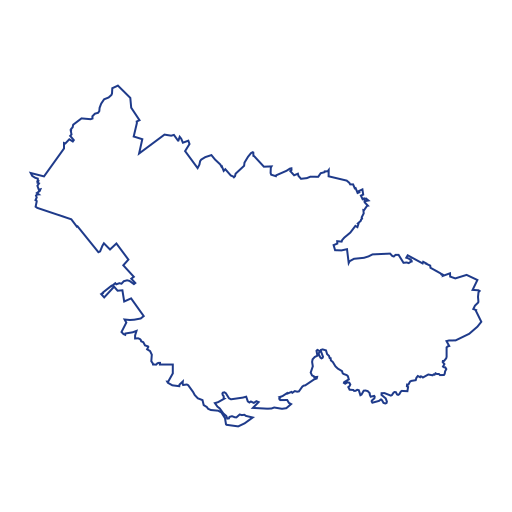 Cunduacán, Tabasco, Mexico
{"feature_id": "50627088B6162442693475", "entity_name": "Cunduacán", "entity_type": "district", "adm_level": 2, "iso_a3": "MEX", "parent_name": "Mexico", "parent_adm1": "Tabasco", "projection": "mercator", "projection_center": [-93.209, 18.087], "detail": "fine", "context": "isolated", "style": "outline", "palette": "blue", "viewbox_px": 512, "rotation_deg": 0, "n_neighbors": 0, "source": "geoboundaries", "source_scale": "gbopen_adm2", "svg_char_len": 6070}
<svg xmlns="http://www.w3.org/2000/svg" viewBox="0 0 512 512"><path d="M252.7,417.5L245.9,415.9L244.4,414.8L241.8,415.1L239.7,414.5L236.4,417.4L234.9,417.3L232.0,416.2L229.5,416.9L228.9,418.4L227.3,418.6L226.3,416.0L223.3,413.4L219.7,408.4L217.4,406.6L214.9,403.1L218.0,402.2L224.4,398.6L223.7,398.3L223.7,396.2L222.8,395.2L222.4,393.6L222.8,392.7L224.4,392.3L225.9,393.3L229.0,398.3L231.0,399.3L242.8,397.6L246.2,396.7L247.8,401.4L249.4,402.5L250.9,401.5L253.8,402.9L256.4,401.2L258.6,402.1L252.9,407.9L267.5,408.7L271.5,408.5L274.2,407.5L282.0,408.8L286.3,408.2L291.1,404.1L288.9,402.9L287.2,400.0L280.3,400.1L279.5,399.4L279.3,398.5L280.0,397.8L279.4,397.1L282.5,396.1L287.1,393.1L287.3,393.6L291.5,391.9L292.3,392.8L294.8,391.1L297.2,391.7L298.9,391.4L302.4,386.5L303.8,385.6L305.2,385.4L314.1,379.4L316.7,378.5L317.1,376.9L314.2,377.2L314.0,376.4L312.0,375.4L310.7,372.6L312.8,366.3L312.1,361.9L312.6,359.3L314.7,357.0L317.4,355.7L316.5,350.8L317.4,349.9L319.4,350.9L319.6,351.8L318.5,353.8L320.4,357.6L321.5,358.4L322.5,357.9L323.0,356.8L320.9,351.1L321.0,349.9L322.6,349.4L326.0,350.4L327.1,354.1L329.0,355.9L329.7,358.1L330.6,358.2L330.9,360.4L332.8,362.0L335.4,366.3L337.8,368.6L342.0,371.1L342.6,373.1L343.4,373.9L346.7,375.1L347.9,376.2L348.8,379.4L344.2,382.1L343.9,382.9L345.2,383.7L347.5,382.3L349.3,382.7L350.3,384.5L349.6,386.0L348.3,387.1L349.6,389.7L353.3,390.0L354.1,390.9L355.6,390.8L357.2,389.8L358.8,390.2L360.4,395.2L361.5,394.6L363.7,390.7L365.4,390.5L367.7,391.1L369.7,393.2L369.8,394.7L370.7,396.7L374.2,395.9L374.7,396.7L374.4,398.3L371.8,400.6L371.7,401.6L372.4,402.7L379.0,400.9L381.0,399.4L381.9,400.1L383.5,402.9L385.3,403.5L386.5,403.0L386.9,401.6L385.7,398.4L381.5,394.9L381.6,393.2L384.5,393.1L390.8,395.6L391.9,395.1L393.6,392.6L394.6,392.0L395.9,392.2L397.0,394.4L398.1,394.9L399.3,394.2L400.8,391.6L401.8,390.9L407.4,391.2L408.1,387.0L406.9,386.3L407.1,384.5L408.4,384.6L410.0,381.6L411.3,380.9L415.7,380.2L416.4,377.8L417.8,376.0L420.1,377.2L420.6,376.4L421.5,376.5L422.9,377.5L428.3,374.5L432.6,375.3L433.6,374.4L434.6,374.7L435.5,373.3L436.8,374.0L438.9,374.0L440.0,375.1L443.9,375.0L444.7,373.8L445.1,371.3L446.3,369.1L445.3,367.4L444.2,367.4L443.0,366.6L444.4,364.1L442.7,362.1L442.9,361.0L444.1,360.9L446.2,358.3L446.6,356.8L446.6,347.4L447.6,346.5L449.2,346.0L446.5,341.1L448.9,340.5L455.6,340.4L469.2,333.8L477.4,326.7L481.3,321.8L475.8,310.6L476.1,310.1L473.3,309.0L475.0,305.6L478.2,302.5L478.4,301.4L478.0,296.9L478.5,292.2L479.6,291.0L478.5,290.3L472.6,289.9L477.4,280.0L466.6,274.9L455.3,278.4L450.2,276.6L450.0,273.3L443.1,275.8L443.4,275.0L442.0,274.2L441.5,274.6L440.6,273.4L430.5,267.8L430.2,265.6L426.0,263.7L426.2,263.4L423.2,261.8L422.6,263.4L407.7,255.3L406.3,257.7L408.7,258.5L409.8,259.5L410.6,259.3L411.5,261.1L412.5,261.4L411.0,261.6L408.7,263.1L406.7,262.5L403.5,262.8L398.6,254.9L395.5,254.9L393.8,256.5L392.3,256.0L390.1,253.6L372.5,254.4L368.5,256.4L364.0,257.8L354.0,258.8L349.6,261.2L348.7,263.0L347.0,249.2L341.5,250.4L335.1,250.2L333.6,245.1L337.3,243.6L337.2,241.2L341.6,241.6L342.2,240.0L344.3,237.6L350.3,232.6L355.4,225.9L357.4,227.1L358.5,223.8L357.9,223.4L360.8,220.8L361.1,219.5L362.1,218.6L361.7,217.3L363.7,213.4L363.4,210.2L363.9,210.4L367.0,205.9L367.9,205.7L364.7,202.4L364.5,201.3L368.4,200.5L366.0,198.5L364.5,199.4L364.0,198.4L362.6,199.2L360.9,195.6L363.2,194.6L362.4,189.4L358.8,191.1L359.3,192.3L357.6,193.0L355.6,188.1L354.8,188.4L353.1,184.4L350.2,184.4L349.3,182.8L346.7,180.6L328.6,176.3L328.7,170.0L327.7,171.3L324.7,171.4L324.5,172.2L320.7,173.2L318.2,176.8L310.4,176.7L306.9,178.1L301.0,178.8L298.4,175.8L297.9,173.7L294.1,175.3L290.3,171.1L291.5,170.0L291.4,168.3L289.9,168.6L286.5,170.8L276.2,175.3L275.9,176.2L271.2,174.7L270.6,173.0L270.8,167.6L271.5,166.4L263.9,166.7L254.2,156.2L253.4,155.9L253.3,152.5L252.7,152.2L251.0,153.1L248.0,156.8L244.5,162.6L244.1,165.8L235.6,173.7L235.0,176.2L233.9,177.3L233.2,176.5L230.8,175.5L225.3,169.2L223.7,170.9L221.9,166.4L221.5,166.7L220.3,164.5L215.0,159.5L211.4,155.1L205.3,157.1L201.2,159.6L200.1,161.2L199.4,164.6L197.6,168.1L185.1,151.1L189.5,144.0L188.3,140.7L182.9,142.7L181.2,138.7L179.7,136.8L178.4,140.6L178.0,140.6L173.9,134.9L171.2,135.7L164.5,134.6L139.1,153.5L142.3,139.2L133.7,136.5L136.9,123.0L136.7,121.5L139.5,120.2L131.2,107.7L130.3,97.9L117.9,85.6L116.9,86.1L112.3,88.2L112.0,93.5L111.4,95.0L108.6,97.5L104.1,99.3L101.2,103.6L99.6,107.8L99.3,111.1L98.1,112.8L94.9,113.7L92.4,116.3L92.5,118.5L90.6,119.2L81.5,118.4L73.2,124.7L72.6,127.4L71.2,128.8L71.1,130.3L70.7,130.3L71.5,134.5L70.2,135.9L73.8,140.1L72.8,141.5L69.3,139.3L65.3,143.5L64.0,143.0L64.0,148.5L44.0,176.4L30.7,173.0L32.2,175.9L35.2,177.8L37.8,178.6L37.9,180.0L37.5,181.0L38.3,181.1L37.5,182.7L39.0,183.4L37.4,185.8L38.8,189.7L40.4,189.3L39.7,191.0L36.9,193.0L38.7,194.4L37.2,194.5L36.0,195.5L36.7,197.5L35.5,200.1L36.5,200.6L36.7,201.5L35.6,206.7L37.3,207.9L71.3,219.3L76.9,226.7L77.5,226.3L98.4,252.2L100.1,251.4L102.4,245.8L103.9,243.3L110.0,249.5L116.4,243.5L128.4,259.6L123.3,265.3L133.8,276.8L131.3,278.7L135.3,283.0L133.9,284.1L129.5,280.9L127.1,280.3L123.8,281.2L121.5,283.7L119.4,283.2L116.3,284.3L115.3,283.2L111.7,286.1L111.4,285.8L102.7,292.7L102.9,293.2L101.2,294.1L104.2,297.4L114.1,286.7L117.6,290.7L122.4,290.3L124.2,301.5L131.1,298.4L143.7,316.1L140.7,318.5L134.3,319.7L129.9,320.0L124.6,319.5L126.3,322.6L121.5,332.0L123.5,334.1L125.2,334.8L125.4,333.5L132.7,332.3L136.5,330.9L135.1,335.4L135.1,338.5L138.1,338.3L139.8,339.0L140.7,339.8L141.2,341.3L143.3,342.2L145.0,345.4L148.0,346.4L148.3,346.9L147.1,349.3L150.1,351.1L151.8,354.7L151.3,361.2L152.9,363.6L153.0,364.5L156.2,364.6L157.4,363.3L158.6,362.9L160.0,362.9L159.9,364.5L172.8,364.5L172.8,373.4L168.2,381.6L167.2,381.6L167.9,382.8L172.3,385.3L179.3,386.2L179.5,384.6L182.8,381.5L182.6,383.6L183.1,385.0L186.8,384.5L188.2,385.2L193.1,392.0L194.7,395.0L197.8,398.3L202.5,400.1L203.7,405.1L206.8,407.0L208.1,408.8L210.8,410.0L218.2,410.7L221.4,412.5L225.0,418.2L226.0,424.3L226.5,424.8L238.2,426.4L244.7,423.3L252.7,417.5Z" fill="none" stroke="#1e3a8a" stroke-width="2"/></svg>